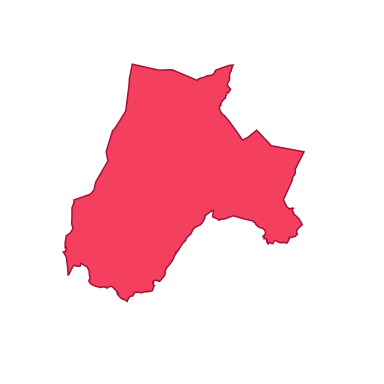 Huaniqueo, Michoacán, Mexico, rotated 298°
{"feature_id": "50627088B18619680488103", "entity_name": "Huaniqueo", "entity_type": "district", "adm_level": 2, "iso_a3": "MEX", "parent_name": "Mexico", "parent_adm1": "Michoacán", "projection": "robinson", "projection_center": [-101.528, 19.878], "detail": "fine", "context": "isolated", "style": "filled", "palette": "rose", "viewbox_px": 384, "rotation_deg": 298, "n_neighbors": 0, "source": "geoboundaries", "source_scale": "gbopen_adm2", "svg_char_len": 5770}
<svg xmlns="http://www.w3.org/2000/svg" viewBox="0 0 384 384"><g transform="rotate(298 192 192)"><path d="M280.0,272.0L270.1,240.3L276.9,220.1L265.8,215.4L264.9,214.7L264.4,214.3L264.0,213.8L262.9,213.3L262.6,213.2L261.9,212.9L261.9,212.5L261.6,212.0L262.3,210.8L267.3,201.0L271.8,191.8L274.6,184.8L274.8,184.1L274.7,182.3L275.1,182.0L275.3,181.5L275.5,181.1L275.9,180.5L276.6,179.1L276.8,178.6L277.4,178.3L279.0,176.6L279.3,176.6L279.8,176.4L280.6,176.3L280.9,176.5L281.5,176.5L281.8,176.3L282.1,176.4L282.2,176.7L282.9,176.3L283.0,176.0L284.1,176.0L284.4,176.1L284.6,175.9L285.6,175.9L287.2,176.2L288.7,176.5L289.9,176.9L290.2,177.3L290.7,177.3L292.1,176.9L293.2,176.7L294.6,176.7L296.4,176.1L296.5,176.2L297.3,177.5L297.2,177.6L300.7,177.9L302.9,172.9L304.0,172.7L306.0,172.3L308.4,172.5L310.1,171.7L312.8,170.2L316.0,169.5L317.2,169.8L318.4,169.4L321.7,168.7L323.4,168.8L322.1,166.6L320.8,164.9L317.9,162.3L316.7,161.1L313.8,158.6L311.5,156.4L310.2,155.6L307.3,155.8L304.6,154.7L303.4,153.2L302.1,151.4L300.9,150.2L298.5,148.3L295.9,145.4L294.0,144.3L293.1,144.2L292.9,142.8L290.6,117.0L284.0,105.5L276.8,79.2L275.8,79.6L263.2,83.3L256.4,86.4L232.3,95.5L214.1,94.3L209.9,93.6L208.9,93.1L187.3,97.3L179.9,103.2L155.8,102.3L147.7,104.5L142.2,103.2L129.6,91.5L129.1,92.0L128.7,92.2L127.2,92.5L126.6,92.9L126.2,93.3L125.7,93.0L121.9,93.4L111.9,98.6L107.6,100.5L104.3,103.7L102.5,104.1L98.8,103.7L95.2,102.0L94.9,102.0L94.3,101.5L88.8,103.5L88.6,103.4L83.5,106.0L84.6,106.6L82.6,107.8L81.7,107.6L79.8,108.1L78.6,106.5L76.5,110.1L75.8,111.4L68.3,116.7L60.6,121.6L61.2,122.0L66.4,121.8L71.2,121.9L72.4,122.5L72.1,124.0L72.8,125.9L73.5,127.4L74.2,128.1L75.0,128.0L76.0,127.2L76.6,127.5L76.9,127.5L77.3,127.8L76.8,128.6L76.7,134.3L74.7,137.4L73.7,138.5L71.4,139.8L70.6,140.3L69.5,141.2L68.6,142.1L68.2,142.4L67.8,142.6L67.3,142.6L67.0,142.6L66.0,142.4L65.7,142.4L65.2,142.6L65.0,142.8L64.7,143.2L64.1,144.1L63.7,145.0L63.4,145.6L63.4,145.9L63.2,146.6L63.2,147.5L63.3,148.6L63.4,149.9L63.7,151.8L64.0,153.2L64.8,156.2L66.0,157.5L66.9,158.6L67.0,159.8L67.2,160.4L67.4,160.8L67.2,162.0L68.4,162.8L68.5,163.0L69.6,163.3L69.9,163.7L71.0,165.8L70.7,166.9L68.2,174.4L68.1,174.7L67.3,174.3L67.2,173.7L66.3,175.0L64.8,179.7L65.0,181.5L65.3,181.5L65.1,185.8L65.1,186.2L65.7,186.0L66.0,185.8L66.5,185.8L69.4,186.1L70.6,186.3L70.9,186.5L72.6,188.6L73.0,188.4L73.4,188.5L74.0,188.5L74.4,188.7L74.8,188.7L75.5,188.6L75.9,188.5L76.1,188.5L76.3,188.7L76.9,189.2L77.2,189.9L77.8,190.5L77.9,190.8L78.1,191.6L78.3,192.2L78.5,192.5L78.6,192.8L78.9,193.3L79.0,194.2L79.6,195.1L80.7,195.9L81.3,196.7L82.7,198.5L82.3,198.4L82.3,198.5L82.6,199.0L82.8,199.2L85.9,203.2L88.1,203.1L89.1,203.0L90.1,202.7L90.8,202.7L91.3,202.8L91.6,202.8L91.5,202.1L91.7,201.8L92.1,201.7L92.1,201.3L91.9,201.1L92.0,200.9L92.3,200.8L93.7,200.7L93.6,200.0L93.7,199.9L94.1,199.6L94.6,199.5L94.8,199.8L95.0,200.1L95.4,200.0L95.6,200.0L95.8,200.1L96.5,200.3L96.6,200.5L96.7,200.9L97.1,201.9L97.2,202.3L97.4,202.5L97.4,202.8L97.4,203.1L97.6,203.5L97.5,203.8L97.6,204.2L97.9,204.2L98.0,204.3L98.0,204.5L97.8,205.2L98.2,205.4L99.4,205.7L99.7,205.9L100.9,206.0L102.2,206.3L102.8,206.4L103.7,206.7L104.3,206.8L105.2,206.8L105.8,206.9L106.4,206.8L107.0,206.7L107.3,206.6L107.8,206.4L108.3,206.1L109.4,205.5L110.2,205.4L111.9,205.3L112.8,205.2L114.7,205.5L116.0,205.9L118.0,206.3L119.5,206.4L119.8,206.5L120.3,206.7L121.0,206.8L125.0,206.8L125.7,206.7L126.0,206.6L127.4,206.5L128.5,206.6L130.3,206.7L130.6,206.5L131.1,205.8L131.7,206.6L131.4,206.8L132.3,206.9L132.9,207.1L134.6,207.3L137.2,207.5L141.9,207.7L146.0,209.1L148.3,208.7L153.0,210.0L153.7,210.6L159.3,210.5L159.5,210.5L159.9,210.6L161.1,211.0L162.0,211.3L162.8,211.7L163.1,211.9L163.5,212.1L163.6,212.3L166.3,214.1L166.6,214.5L167.1,214.8L169.0,215.4L170.3,215.5L171.7,215.7L173.0,215.5L175.2,215.5L175.7,215.3L177.1,214.6L183.9,217.8L183.8,218.1L185.8,219.1L185.6,219.4L185.5,219.9L185.3,220.0L183.5,220.6L182.4,220.7L181.3,221.2L179.8,222.0L179.8,222.4L180.3,229.3L180.2,229.3L181.4,230.4L183.1,232.9L184.3,234.2L190.1,239.3L190.7,241.3L191.0,242.6L192.5,249.8L195.0,259.4L195.1,259.9L194.8,260.2L194.8,260.5L194.5,260.9L194.6,261.2L194.4,261.4L194.5,261.6L194.5,261.9L194.5,262.0L194.4,262.6L193.5,263.4L193.4,263.7L193.6,263.7L193.1,264.3L192.5,266.5L192.5,268.2L192.6,269.9L193.2,271.1L192.7,273.3L192.0,275.0L190.1,276.2L188.8,276.3L188.6,276.3L187.9,276.1L187.5,276.3L186.9,275.8L186.9,276.1L186.1,276.1L186.5,276.4L186.5,276.6L185.4,277.2L184.6,277.7L185.0,277.9L185.1,278.0L185.5,279.4L185.2,279.7L185.0,280.0L184.8,280.1L184.9,280.9L184.5,280.9L184.2,281.0L184.1,280.9L183.5,281.2L183.1,281.3L183.0,281.7L183.2,282.1L182.6,282.4L182.4,282.7L182.2,283.1L182.1,283.7L182.5,283.5L183.1,283.3L183.9,284.3L183.7,284.8L184.4,287.7L184.8,287.5L185.3,287.5L185.7,287.6L187.7,287.7L188.3,288.4L188.5,293.4L189.1,294.7L190.0,296.0L190.7,296.4L190.8,297.1L190.7,297.8L191.0,298.8L191.6,299.9L193.7,299.9L196.4,299.9L197.1,299.2L197.4,299.3L198.0,300.3L199.1,301.5L200.9,303.6L201.4,304.1L204.3,304.8L205.6,303.4L207.1,302.4L210.8,303.2L212.4,303.7L214.8,304.7L216.1,303.0L217.8,300.2L218.0,299.6L218.7,298.8L218.9,298.0L218.9,297.5L219.4,296.3L219.7,295.1L220.0,293.4L220.5,292.3L220.7,292.1L220.5,291.8L220.6,291.7L220.8,291.6L221.2,291.6L221.5,291.3L221.8,290.9L221.8,290.5L222.0,290.1L222.4,289.8L222.6,289.7L222.6,289.4L222.8,289.2L223.6,289.2L223.8,289.1L224.1,288.4L224.5,288.5L225.1,288.9L224.9,288.0L224.5,287.9L224.3,287.7L223.8,287.6L223.8,287.1L223.6,286.6L222.9,286.2L222.8,285.9L223.1,285.7L223.0,284.7L223.1,284.2L223.2,283.5L223.5,282.8L223.7,282.5L224.0,282.0L224.5,281.1L225.6,279.5L227.3,277.4L228.6,276.3L242.3,275.5L250.0,274.9L252.5,273.9L255.9,274.5L257.2,274.2L260.4,272.5L280.0,272.0Z" fill="#f43f5e" stroke="#9f1239" stroke-width="1.5"/></g></svg>